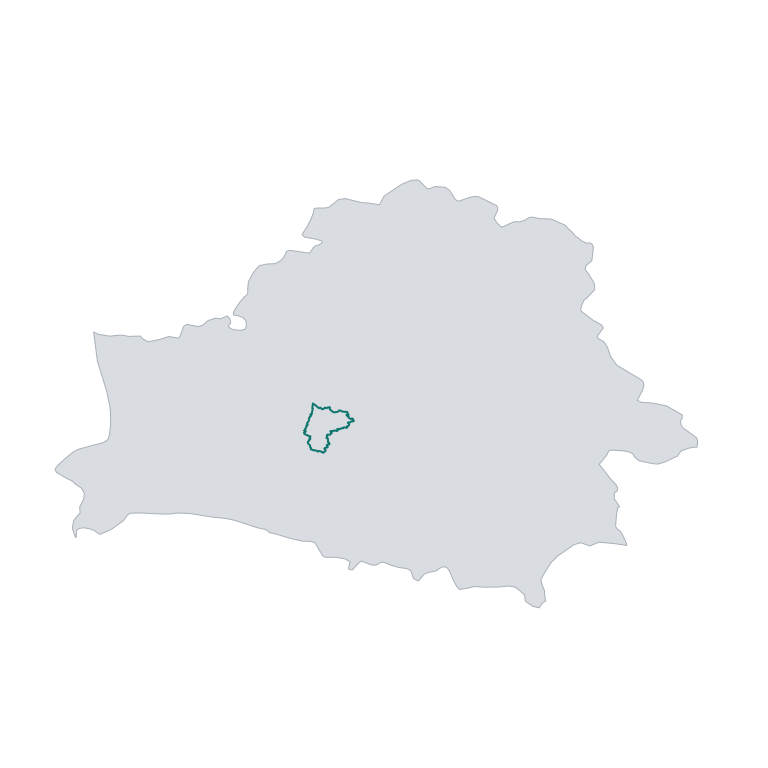 Kapyl, Minsk, Belarus (highlighted), rotated 6°
{"feature_id": "67162791B49789732024983", "entity_name": "Kapyl", "entity_type": "district", "adm_level": 2, "iso_a3": "BLR", "parent_name": "Belarus", "parent_adm1": "Minsk", "projection": "robinson", "projection_center": [27.145, 53.093], "detail": "fine", "context": "in_parent", "style": "outline", "palette": "teal", "viewbox_px": 768, "rotation_deg": 6, "n_neighbors": 0, "source": "geoboundaries", "source_scale": "gbopen_adm2", "svg_char_len": 8960}
<svg xmlns="http://www.w3.org/2000/svg" viewBox="0 0 768 768"><g transform="rotate(6 384 384)"><path d="M642.2,519.2L629.4,518.6L614.1,518.9L605.7,523.6L596.3,521.3L589.7,523.9L574.9,536.8L569.1,543.7L563.7,554.3L560.4,562.2L562.4,567.7L565.3,572.9L566.1,578.4L567.6,582.7L563.9,585.9L561.8,590.4L555.4,589.6L547.4,585.3L545.7,579.0L539.5,574.6L535.5,572.3L529.0,571.9L518.6,574.0L504.9,575.6L494.6,576.0L489.0,578.2L480.7,580.4L477.5,577.8L472.8,570.7L468.9,563.5L466.2,560.4L464.0,559.6L461.2,559.7L458.0,562.0L455.6,564.3L447.0,567.0L443.3,569.5L439.1,576.1L436.4,575.6L433.5,574.1L430.1,566.8L425.6,565.1L418.4,565.0L409.4,563.4L402.1,561.2L399.4,561.8L395.1,564.9L390.5,565.3L380.2,562.5L378.2,563.8L372.3,571.9L369.5,572.3L368.0,571.3L368.8,564.2L362.8,561.8L352.8,561.4L345.7,562.4L342.3,562.1L340.5,560.7L331.9,549.0L327.3,548.2L319.1,548.8L307.1,547.4L293.2,544.7L285.5,543.7L281.6,541.1L273.0,540.2L250.1,535.2L240.7,534.3L226.9,534.3L205.8,533.1L192.4,533.8L186.1,535.4L178.9,536.4L153.9,537.8L144.9,539.1L142.3,541.6L139.2,547.0L128.8,556.4L118.6,562.6L116.8,563.2L111.0,559.9L106.1,558.7L100.4,558.4L96.3,559.4L93.7,561.0L93.9,568.2L93.3,568.9L89.1,560.3L89.6,552.5L92.2,548.1L95.3,544.1L94.2,538.1L97.3,530.1L97.5,524.4L96.2,521.9L93.9,519.1L87.5,515.9L84.7,513.4L76.0,510.1L67.3,506.0L65.9,503.5L66.4,501.7L68.0,499.1L74.8,491.4L82.2,483.9L86.8,480.9L111.5,471.3L115.3,468.0L116.4,462.3L116.2,450.8L114.9,440.4L113.2,433.2L108.8,419.7L96.7,391.7L89.8,362.7L94.7,364.4L106.2,365.1L115.5,363.1L120.2,362.8L124.5,363.4L136.6,361.8L139.5,364.4L144.9,366.7L155.6,363.4L165.0,359.3L174.8,359.8L176.2,357.8L178.8,347.5L181.7,345.3L193.4,346.3L197.7,344.4L202.3,339.4L209.2,336.2L214.9,336.2L220.9,332.7L223.8,335.1L225.2,339.3L223.2,342.7L224.1,344.0L228.2,345.7L235.3,345.7L239.8,344.2L240.9,342.3L240.9,338.8L239.9,335.5L236.9,332.7L231.2,331.2L227.3,331.2L226.7,329.4L228.0,325.5L231.6,318.4L235.9,312.0L238.5,309.6L239.0,307.4L238.5,303.5L238.5,296.5L242.4,286.7L247.6,279.4L254.6,277.0L263.0,275.7L268.4,272.2L271.1,268.3L273.4,262.2L276.1,260.9L296.4,261.7L299.5,255.6L301.3,253.9L305.2,252.1L307.9,249.9L306.9,248.2L301.7,247.1L289.6,246.2L287.1,244.1L287.9,241.7L291.2,235.4L294.3,227.2L295.9,220.9L296.1,217.2L297.8,216.2L307.7,215.0L311.0,213.8L319.6,205.2L326.1,203.7L342.8,205.9L350.5,205.7L360.2,206.3L361.0,205.5L364.5,197.0L380.9,183.4L389.7,178.6L395.3,177.6L397.3,177.8L406.2,185.0L408.3,185.3L414.1,182.3L424.3,182.0L429.1,184.6L436.0,193.4L439.5,194.4L449.4,189.5L454.8,187.9L458.4,187.9L477.3,194.7L478.7,196.9L478.8,199.5L476.1,207.5L480.0,212.5L484.6,215.8L494.1,210.3L497.7,208.7L501.5,208.7L506.7,206.6L510.4,203.6L514.0,202.5L520.9,203.2L533.3,202.5L547.9,207.3L549.2,208.8L556.6,214.5L559.2,217.3L561.6,218.2L565.6,221.0L570.8,222.7L574.4,222.2L576.1,223.1L577.8,225.3L578.0,229.0L577.8,239.6L572.7,245.1L572.1,247.1L572.4,249.4L576.6,254.0L582.1,261.1L583.5,265.2L583.6,268.3L576.5,277.5L574.1,279.7L572.6,284.3L571.8,289.0L572.3,290.9L584.7,298.4L593.8,302.4L595.9,304.4L596.1,305.6L591.5,313.6L591.1,315.7L598.4,319.1L602.5,324.3L606.3,332.8L613.4,340.9L639.4,352.9L641.7,355.0L642.6,357.5L641.9,363.1L637.5,373.7L641.9,375.3L653.3,374.9L667.1,376.2L683.9,383.7L684.1,387.1L682.5,390.2L683.7,393.4L685.6,396.2L700.2,404.6L701.7,407.0L702.1,411.1L701.8,414.1L697.8,414.7L693.5,416.1L686.3,419.7L683.6,424.8L672.2,431.8L665.0,435.0L659.3,435.1L645.5,433.7L640.6,430.2L638.5,427.1L633.2,425.6L626.2,425.5L616.6,426.0L614.6,427.0L613.1,430.9L609.2,437.5L606.3,441.3L619.0,454.5L625.3,459.9L627.3,463.2L627.3,465.6L624.4,468.4L625.0,474.0L631.2,481.4L629.2,482.5L628.9,491.6L629.2,501.3L630.9,503.6L634.2,505.5L637.0,509.1L641.8,517.1L642.2,519.2Z" fill="#d9dde1" stroke="#a8b0b8" stroke-width="1"/><path d="M335.5,448.2L335.0,448.0L334.5,447.9L334.3,447.4L334.3,446.5L334.2,445.7L334.1,445.2L334.0,444.6L333.8,444.2L333.4,443.9L333.0,443.9L332.6,443.9L332.4,443.7L332.5,443.4L332.8,443.0L333.0,442.7L333.2,442.4L333.0,442.1L332.8,441.9L332.6,441.6L332.6,440.9L332.8,440.4L333.9,440.2L334.6,440.2L335.1,440.2L335.5,440.0L336.0,439.8L336.2,439.5L336.1,439.2L336.2,438.9L336.7,438.7L337.0,438.4L337.0,438.0L336.6,437.7L336.2,437.4L335.8,437.1L335.6,436.8L335.7,436.5L336.1,436.3L336.6,436.2L337.5,436.3L337.8,436.2L338.3,436.1L338.7,435.8L339.1,435.6L339.5,435.5L339.9,435.3L340.5,435.4L340.9,435.6L341.2,435.7L341.5,435.7L342.1,435.6L342.7,435.3L342.8,435.0L342.8,434.7L342.6,434.4L342.2,434.0L342.2,433.8L342.3,433.7L342.6,433.5L343.0,433.5L343.4,433.5L343.8,433.7L344.0,433.7L344.3,433.6L344.5,433.4L344.6,433.2L344.9,433.1L345.2,433.1L345.6,433.1L345.9,432.9L346.2,432.8L346.3,432.6L346.5,432.4L347.0,432.3L347.3,432.3L347.7,432.3L348.0,432.2L348.1,431.9L348.2,431.6L348.6,431.4L348.9,431.3L349.5,431.3L350.1,431.3L350.5,431.4L350.9,431.5L351.5,431.5L351.8,431.3L351.9,431.1L351.9,430.9L351.7,430.5L351.6,430.4L351.7,430.1L351.9,429.8L352.1,429.7L352.4,429.6L352.9,429.4L353.2,429.1L353.3,428.8L353.4,428.5L353.6,428.3L353.6,427.9L353.5,427.7L353.4,427.5L353.3,427.3L353.1,427.0L352.8,426.9L352.5,426.7L352.2,426.4L352.3,426.2L352.5,426.0L352.8,425.8L353.1,425.8L353.6,425.8L354.3,425.7L354.5,425.5L354.8,425.2L355.4,424.8L355.8,424.5L356.2,424.4L356.5,424.4L357.0,424.4L357.3,424.4L357.6,424.2L357.8,423.9L357.8,423.7L357.5,423.4L357.2,423.2L356.9,423.1L356.8,422.9L356.8,422.5L356.8,422.2L356.7,421.9L356.3,421.7L355.9,421.7L355.6,421.8L355.3,422.1L354.9,422.2L354.7,422.3L354.0,422.0L353.3,421.6L352.7,421.4L352.4,421.2L352.1,420.8L351.9,420.5L351.9,420.3L352.0,420.1L352.1,419.9L352.0,419.6L351.6,419.5L351.1,419.5L350.7,419.4L350.2,419.2L350.1,418.7L350.4,418.7L350.7,418.6L351.1,418.6L351.5,418.5L351.7,418.3L351.8,418.1L351.8,417.9L351.5,417.7L351.1,417.6L350.8,417.1L350.8,416.7L350.6,416.3L350.5,416.0L350.4,415.8L350.4,415.7L349.8,415.6L348.6,415.7L347.2,415.8L345.9,415.7L345.1,415.7L344.7,415.5L344.2,415.4L343.8,415.2L343.5,415.0L343.1,414.9L342.7,414.9L342.2,415.0L342.0,415.3L341.8,415.6L341.4,415.9L341.0,416.4L340.0,416.8L339.5,416.9L338.9,417.0L338.4,417.2L337.9,417.3L337.4,417.3L336.4,417.3L335.5,416.7L334.6,416.1L333.5,415.3L333.0,415.0L332.7,414.7L332.7,414.4L332.7,413.9L332.7,413.6L332.7,413.1L332.4,412.8L332.1,412.8L331.6,413.0L331.3,413.1L331.0,413.2L330.7,413.2L330.4,413.3L330.1,413.4L329.9,413.6L329.8,413.8L329.6,414.0L329.3,414.1L328.8,414.0L328.5,413.8L328.2,413.7L327.8,413.7L327.6,413.8L327.4,414.0L327.2,414.3L326.9,414.6L326.7,414.8L326.5,415.0L326.2,415.1L325.8,415.3L325.3,415.4L325.0,415.5L324.8,415.4L324.6,415.3L324.2,414.9L324.0,414.7L323.8,414.5L323.5,414.3L323.3,414.2L323.0,414.2L322.7,414.3L322.5,414.6L322.3,414.7L322.0,414.8L321.5,414.6L321.1,414.4L320.2,413.7L319.6,413.4L318.6,412.7L317.6,412.1L316.9,411.7L316.4,411.4L315.9,411.1L315.5,411.0L315.5,411.4L315.3,411.9L315.3,412.9L315.2,413.6L315.3,415.0L315.3,415.6L315.6,415.7L315.8,416.0L315.7,416.3L315.6,416.8L315.6,417.6L315.6,418.0L315.5,418.5L315.3,419.2L315.4,420.8L315.3,421.2L314.9,421.4L314.7,421.5L314.4,421.6L314.1,421.8L314.2,422.1L314.4,422.3L314.7,422.5L314.9,422.7L314.8,423.1L314.6,423.5L314.3,423.7L313.9,423.8L313.8,424.1L313.9,424.4L313.8,424.8L313.6,425.0L313.2,425.2L313.1,425.7L313.0,426.3L313.2,426.7L313.3,427.1L313.3,427.5L313.1,427.8L312.9,428.4L312.9,428.8L312.8,429.3L312.5,429.7L312.0,430.2L311.8,430.5L311.6,430.9L311.7,431.4L311.9,431.7L312.2,431.9L312.3,432.4L312.3,432.7L311.9,432.9L311.4,433.2L311.2,433.4L311.2,434.0L311.1,434.4L311.4,434.7L311.3,435.0L311.2,435.4L310.9,435.8L310.7,436.1L310.5,436.4L310.4,436.7L310.3,437.1L310.6,437.4L310.6,437.6L310.4,437.9L309.9,438.2L309.7,438.4L309.5,438.6L310.0,438.9L310.4,438.9L310.7,438.9L311.0,439.1L311.0,439.6L310.5,440.0L310.2,440.2L309.8,440.7L309.6,440.9L309.7,441.3L309.9,441.8L310.2,442.0L311.2,442.4L312.1,442.7L312.9,443.0L314.0,443.4L314.7,443.6L315.4,443.7L315.9,443.7L316.3,443.9L316.3,444.2L316.0,444.7L315.8,445.1L315.8,445.3L316.0,445.7L316.3,445.9L316.4,446.3L316.0,446.6L315.4,446.8L315.4,447.1L315.6,447.5L315.6,448.0L315.4,448.3L315.0,448.6L314.7,448.9L314.4,449.4L314.3,449.9L314.4,450.4L314.7,450.9L315.1,451.4L315.7,451.9L316.4,452.4L316.8,452.7L317.0,453.1L317.0,453.5L317.0,454.2L317.4,454.5L317.7,454.7L317.9,455.1L318.0,455.3L318.0,455.7L318.0,456.1L318.0,456.5L318.9,456.8L319.5,456.8L319.9,456.9L320.4,457.2L320.9,457.4L321.4,457.4L321.7,457.2L322.2,457.2L322.9,457.3L323.6,457.3L324.3,457.5L324.7,457.7L325.0,457.9L325.2,458.1L325.6,457.8L326.1,457.5L326.5,457.4L326.9,457.4L327.4,457.6L327.7,457.7L328.2,457.7L328.6,457.7L329.1,457.9L329.5,458.1L329.8,458.3L330.0,458.6L330.3,458.7L330.8,458.7L331.2,458.3L331.6,457.8L332.1,457.4L332.4,457.1L332.8,456.6L332.9,456.2L332.8,455.8L332.4,455.4L332.0,455.1L331.5,454.7L331.5,454.3L331.9,453.9L332.4,453.6L333.1,453.3L333.5,453.2L334.3,453.0L334.6,452.6L334.4,452.2L334.0,451.7L333.5,451.1L333.5,450.8L333.8,450.4L334.5,450.2L335.0,450.1L335.5,449.9L335.9,449.7L336.0,449.1L335.8,448.8L335.5,448.4L335.5,448.2Z" fill="none" stroke="#0f766e" stroke-width="2"/></g></svg>